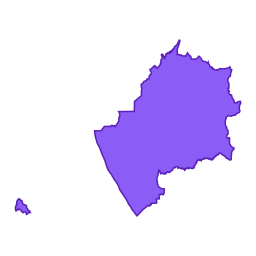 Montecristi, Manabi, Ecuador (Equal Earth projection)
{"feature_id": "8360857B99830619134812", "entity_name": "Montecristi", "entity_type": "district", "adm_level": 2, "iso_a3": "ECU", "parent_name": "Ecuador", "parent_adm1": "Manabi", "projection": "equal_earth", "projection_center": [-80.746, -1.129], "detail": "fine", "context": "isolated", "style": "filled", "palette": "violet", "viewbox_px": 256, "rotation_deg": 0, "n_neighbors": 0, "source": "geoboundaries", "source_scale": "gbopen_adm2", "svg_char_len": 5915}
<svg xmlns="http://www.w3.org/2000/svg" viewBox="0 0 256 256"><path d="M179.8,40.4L179.3,40.1L177.2,44.3L175.7,45.9L175.2,46.1L175.1,46.6L174.5,46.9L173.4,49.5L172.8,49.2L172.1,50.4L171.6,50.7L171.8,51.4L171.1,52.0L170.8,51.1L169.7,51.7L170.0,52.8L169.6,52.9L169.5,52.5L168.1,53.4L167.9,52.7L166.5,53.9L166.0,53.8L165.8,55.3L166.0,55.9L164.7,56.6L164.8,58.2L164.0,57.3L163.3,55.1L162.1,54.1L161.3,55.0L162.3,57.0L162.0,58.9L161.5,59.0L160.9,60.4L160.9,62.1L160.3,63.9L160.7,64.0L159.8,65.3L157.1,68.1L156.4,67.6L155.7,66.2L154.4,65.7L154.3,66.6L153.3,66.7L151.3,68.8L149.8,69.6L150.4,70.5L150.6,71.3L151.5,72.5L151.5,72.8L151.3,73.9L150.9,74.4L150.2,74.4L149.9,75.6L149.1,76.2L149.0,76.7L149.1,77.1L149.1,78.8L147.2,78.8L146.9,79.7L145.2,81.1L144.0,81.3L142.8,83.4L141.3,84.2L141.2,86.2L141.8,88.4L141.3,92.2L141.6,95.5L134.5,101.4L134.3,111.4L118.7,111.6L119.4,112.5L119.7,115.3L119.9,115.6L119.7,116.6L119.2,116.9L118.9,117.5L118.9,121.0L115.2,126.7L115.0,125.8L114.4,125.7L113.4,126.2L112.1,125.3L111.5,125.5L110.7,126.5L110.6,126.2L108.5,126.3L107.8,126.5L104.4,126.4L101.0,130.8L94.6,130.8L95.2,136.0L97.1,142.9L99.7,147.8L100.3,149.5L101.2,151.6L101.7,153.3L105.2,161.2L105.8,163.7L107.7,169.1L110.0,172.8L111.7,174.8L112.2,176.1L113.4,177.8L114.1,179.4L115.5,181.1L117.7,184.5L118.7,186.5L119.7,189.6L126.5,199.8L128.8,204.4L130.6,206.6L131.9,209.3L134.8,212.9L135.2,213.7L137.0,215.9L143.1,209.5L146.9,206.5L147.8,205.4L148.2,205.4L149.0,206.1L150.0,205.6L150.3,205.4L150.4,204.8L151.2,204.7L151.1,203.3L156.5,203.1L156.7,202.8L156.8,201.2L156.1,200.2L155.9,199.8L156.0,199.2L157.0,199.0L157.8,198.6L158.8,199.1L159.3,198.9L159.3,197.2L159.0,196.6L159.0,195.2L159.7,194.5L160.0,194.7L160.1,194.3L161.3,194.4L161.8,194.2L162.0,194.0L162.5,194.6L163.1,194.3L163.3,194.5L163.6,193.9L163.9,193.8L164.2,192.4L164.0,191.6L164.4,189.4L164.3,188.9L163.4,188.8L162.2,188.9L159.4,187.5L158.1,185.9L157.5,184.0L157.4,181.8L156.9,180.5L156.9,178.2L158.2,174.0L158.7,170.4L159.0,170.7L159.1,171.2L159.6,170.9L160.1,172.6L160.6,172.8L160.9,173.7L161.7,173.0L161.9,173.5L162.7,173.4L163.8,174.0L164.3,173.8L164.9,173.2L165.1,173.3L165.2,173.8L166.0,173.7L166.7,172.2L167.6,171.9L167.9,172.1L168.2,171.8L169.0,172.5L169.9,172.3L170.6,171.2L171.7,170.8L172.6,170.0L173.2,168.2L174.0,167.8L175.2,167.7L175.4,167.4L175.5,166.9L176.0,166.5L176.6,166.6L177.5,167.1L178.0,167.0L177.9,168.1L178.8,167.6L181.3,168.7L181.8,168.4L182.3,168.7L182.5,168.1L183.7,169.1L184.3,168.8L184.8,168.8L184.9,169.1L184.5,170.1L184.6,170.3L185.4,169.5L185.5,168.6L185.9,168.3L186.3,168.4L186.7,167.8L187.7,168.3L188.5,167.9L188.6,168.6L189.0,168.4L189.6,167.7L191.3,168.4L192.1,168.2L192.5,168.5L193.1,168.1L193.7,168.1L193.6,167.0L194.4,167.0L194.2,166.2L194.4,165.5L195.3,164.9L195.9,163.9L196.3,162.4L196.6,162.9L196.8,162.8L196.6,161.7L198.0,159.8L199.1,160.4L199.3,160.0L199.7,160.0L199.9,159.4L201.0,159.9L200.8,160.5L201.2,160.8L201.8,159.7L202.6,159.4L203.1,158.9L203.6,159.2L204.4,158.1L205.0,158.2L205.3,158.7L206.5,158.0L207.1,158.1L208.1,158.9L208.7,158.5L208.9,159.1L210.5,159.1L210.9,159.8L211.3,159.5L211.6,159.8L212.0,159.7L212.1,159.1L212.7,159.6L213.3,158.8L212.9,158.5L213.0,158.1L213.4,158.0L213.9,157.6L214.0,157.8L214.2,157.7L214.7,157.2L215.2,156.1L215.8,156.4L216.1,155.5L216.8,154.7L217.1,155.0L218.0,155.0L218.4,154.5L218.4,153.9L218.8,153.9L219.1,153.2L219.6,152.9L220.5,153.4L221.1,153.5L221.5,154.1L222.7,155.1L223.7,155.4L224.8,156.3L225.9,157.4L226.4,158.2L228.2,158.9L229.8,160.1L231.2,159.6L231.3,157.9L231.0,156.6L231.6,154.4L231.5,152.9L231.7,152.1L231.9,151.4L232.9,150.2L233.8,149.3L233.9,147.9L233.1,147.8L232.1,147.2L231.6,146.4L230.7,145.8L230.3,144.7L229.5,144.0L229.7,142.7L229.3,141.3L229.7,138.7L229.4,137.8L229.1,137.6L228.2,138.2L227.4,138.1L227.1,137.8L226.5,136.1L227.1,135.0L228.1,134.0L228.0,131.9L228.1,131.1L226.7,128.8L226.7,127.1L226.0,126.7L225.5,125.1L225.2,123.2L225.3,121.3L225.6,119.5L226.2,118.3L226.3,117.0L227.7,116.1L228.0,115.7L228.7,115.5L229.8,116.1L231.4,116.2L233.4,115.2L234.8,115.4L235.8,114.8L236.7,113.4L238.1,113.1L239.5,112.1L239.9,111.0L239.2,108.5L239.5,107.0L239.2,106.0L239.8,105.2L240.1,104.1L240.6,103.7L240.6,102.1L240.4,101.4L240.1,101.3L237.5,101.9L237.0,102.6L234.6,103.0L234.3,102.7L234.1,100.9L232.0,97.3L231.5,95.0L231.0,94.7L230.4,95.0L229.9,94.8L228.5,92.6L228.9,91.9L229.4,91.5L228.9,90.6L228.4,90.7L228.1,89.3L228.0,88.5L228.5,88.8L228.9,88.0L229.0,86.2L228.9,84.5L228.7,84.1L228.9,83.5L228.7,82.8L228.0,81.7L227.7,79.5L229.2,76.7L230.3,76.2L230.8,72.8L231.7,70.3L231.2,70.3L231.2,69.7L230.9,69.4L229.8,66.8L228.7,67.8L224.4,68.8L221.8,68.8L221.4,68.6L220.4,68.8L219.9,68.5L219.2,69.0L218.3,70.1L217.8,70.1L217.3,70.3L217.1,69.6L215.8,70.0L214.8,69.9L212.1,67.5L212.1,68.3L211.7,67.8L211.4,67.9L210.9,66.9L210.0,66.6L209.2,64.4L208.5,63.5L208.2,62.1L207.6,63.2L206.7,62.3L205.6,61.7L202.6,61.1L201.3,58.8L199.8,56.9L198.9,56.2L197.0,58.3L195.8,59.0L195.4,59.5L194.2,59.1L191.4,59.0L190.7,56.4L190.2,56.3L190.0,55.8L189.3,55.5L188.7,54.3L187.9,53.8L187.5,52.9L187.2,53.2L187.4,53.4L187.0,54.2L186.0,55.2L185.7,56.3L184.7,55.9L183.3,56.0L181.7,55.6L180.9,54.8L179.9,55.3L178.5,54.4L178.3,54.6L177.7,54.3L177.3,54.5L177.3,52.1L177.0,50.1L178.7,45.2L179.9,41.0L179.8,40.4ZM19.3,199.4L18.4,199.0L17.8,200.0L17.6,200.0L17.1,201.2L16.8,201.4L16.9,202.0L16.6,203.9L16.9,204.7L16.2,204.9L16.2,205.7L15.4,207.2L15.4,208.7L15.9,210.9L16.5,210.8L18.1,208.9L18.5,208.9L18.8,209.7L19.6,209.3L20.3,209.5L20.9,210.1L21.2,211.1L22.7,212.2L22.9,212.7L23.3,212.6L23.5,212.2L24.2,211.8L25.5,212.0L26.1,212.9L26.3,213.5L26.3,214.2L26.5,214.4L27.6,213.7L28.1,213.0L28.6,212.6L29.3,212.7L29.7,212.1L30.2,212.3L29.7,211.0L29.2,210.9L28.1,210.1L27.5,209.0L27.3,208.4L26.8,208.0L26.4,207.2L26.6,206.4L26.5,205.8L25.7,205.1L23.2,204.3L22.7,203.6L22.6,202.4L22.0,201.5L22.0,200.9L21.7,200.4L20.5,200.4L19.7,199.0L19.3,199.4Z" fill="#8b5cf6" stroke="#5b21b6" stroke-width="1.5"/></svg>